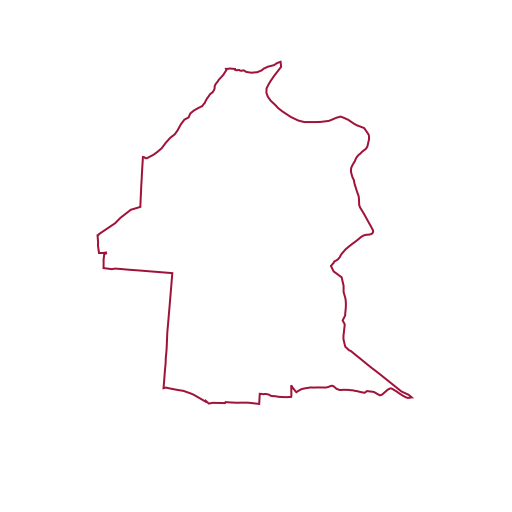 outline of Tlanepantla, Puebla, Mexico, rotated 70°
{"feature_id": "50627088B83068266269285", "entity_name": "Tlanepantla", "entity_type": "district", "adm_level": 2, "iso_a3": "MEX", "parent_name": "Mexico", "parent_adm1": "Puebla", "projection": "albers", "projection_center": [-97.882, 18.857], "detail": "fine", "context": "isolated", "style": "outline", "palette": "rose", "viewbox_px": 512, "rotation_deg": 70, "n_neighbors": 0, "source": "geoboundaries", "source_scale": "gbopen_adm2", "svg_char_len": 4527}
<svg xmlns="http://www.w3.org/2000/svg" viewBox="0 0 512 512"><g transform="rotate(70 256 256)"><path d="M180.6,108.6L172.8,110.6L170.6,113.1L167.5,116.7L167.1,117.0L165.3,118.6L159.5,122.8L156.0,126.4L153.9,128.9L153.6,133.3L154.0,141.2L152.1,149.4L150.7,153.7L146.7,164.7L143.2,169.9L137.3,175.7L129.1,181.8L124.6,184.6L120.3,186.4L115.1,189.1L110.3,190.4L106.2,190.4L102.2,188.8L99.3,185.8L96.6,182.5L93.1,177.6L91.7,175.4L87.0,168.0L86.8,167.7L84.0,167.0L81.9,166.5L81.9,170.1L82.8,173.9L82.2,179.8L82.6,184.8L83.5,187.1L83.7,192.0L82.1,197.9L79.6,202.3L77.9,203.5L77.2,204.4L77.1,206.0L76.4,207.5L75.3,208.3L74.9,210.6L74.1,211.9L73.1,211.7L72.1,213.9L70.9,216.3L70.7,217.7L70.3,219.0L69.9,220.2L71.1,220.2L74.7,224.9L77.7,230.7L79.0,232.4L80.5,234.9L81.9,236.5L83.4,237.2L84.6,237.7L85.6,238.7L86.7,239.9L87.4,241.0L88.0,243.2L88.1,243.6L89.9,246.1L91.2,248.1L93.0,250.2L94.9,252.1L95.3,253.2L96.8,255.3L96.8,256.2L96.8,256.3L97.0,257.6L97.2,259.8L98.1,264.8L99.6,269.0L102.7,271.9L103.4,276.7L106.5,281.5L111.1,286.7L113.9,290.8L115.6,296.2L118.7,302.0L122.5,307.8L124.4,312.9L125.8,317.7L126.8,325.0L126.3,326.5L125.1,327.0L124.3,328.4L137.2,334.0L141.9,336.0L142.9,336.4L149.2,339.1L149.8,339.4L154.4,341.3L155.0,341.5L160.1,343.7L170.3,347.9L169.8,356.9L169.7,357.7L173.7,370.2L176.9,376.9L177.3,378.2L177.9,380.7L180.8,392.4L181.8,396.2L182.3,396.7L182.3,397.8L189.8,399.9L190.2,400.1L191.3,400.7L193.4,401.2L199.5,402.5L200.8,398.9L201.4,395.8L202.3,396.0L202.4,398.0L207.6,400.6L207.8,400.7L208.6,400.9L215.2,403.4L219.1,395.9L219.2,395.3L219.2,395.1L219.6,392.8L222.1,387.2L224.1,383.0L226.8,377.1L230.2,369.5L233.1,363.2L243.1,341.3L243.5,340.5L272.8,354.0L285.3,359.8L297.5,365.5L312.1,371.5L316.1,373.3L321.3,375.8L322.9,376.4L324.6,377.1L326.4,377.9L328.2,378.7L330.0,379.6L333.7,381.3L335.4,382.1L335.8,382.3L336.3,382.5L337.3,382.9L339.0,383.7L339.5,383.9L340.9,384.6L343.0,385.5L345.1,386.5L348.6,388.1L348.8,385.7L350.8,382.6L352.8,379.3L355.1,375.4L358.0,370.2L363.5,363.6L365.3,361.8L375.7,353.1L375.0,352.7L378.5,350.8L378.6,350.3L379.3,346.4L380.0,344.8L381.9,339.8L383.1,336.8L383.6,335.4L382.9,334.6L385.4,328.9L386.1,327.2L387.4,324.1L389.3,318.5L390.5,315.3L391.5,312.8L396.1,303.6L386.8,299.6L387.2,298.8L387.6,297.7L388.3,296.6L388.6,295.6L388.7,294.9L389.0,294.1L389.5,293.1L390.2,292.0L390.8,291.2L391.5,290.6L392.4,289.9L392.8,289.4L393.2,288.6L393.5,287.7L393.9,286.9L394.3,286.0L394.8,285.1L395.4,284.0L396.2,282.6L396.8,281.2L397.3,280.1L397.8,278.8L398.3,277.6L398.9,276.0L399.3,274.9L399.9,272.8L400.4,271.1L399.0,270.4L389.5,267.1L391.9,266.7L393.2,266.3L397.3,264.9L397.8,264.7L397.4,263.1L397.0,261.0L396.7,259.4L396.8,257.8L397.0,255.8L397.3,254.1L397.6,252.8L398.0,250.6L398.2,249.8L398.3,249.3L398.8,248.2L399.5,246.3L400.1,244.6L400.7,242.7L401.2,241.4L401.8,239.8L402.7,237.5L403.5,235.3L403.7,233.9L403.8,232.4L403.7,230.4L403.8,229.3L404.2,228.5L404.8,227.8L405.6,227.3L407.9,226.0L408.4,225.7L410.3,223.5L411.0,222.1L411.1,221.7L411.5,219.9L412.2,218.1L412.8,216.6L413.4,214.9L414.3,213.3L414.7,212.4L415.3,211.0L415.8,210.3L416.5,209.2L417.1,208.2L417.6,207.1L418.3,206.2L419.3,204.7L420.4,202.9L421.7,200.7L420.9,197.9L423.7,192.4L424.2,191.6L429.3,187.3L429.4,185.1L426.6,177.7L426.4,175.8L426.4,175.0L426.6,174.4L427.4,173.4L428.6,172.5L431.3,170.3L434.6,168.0L437.2,166.0L440.1,163.5L441.2,162.0L441.6,160.9L441.8,159.7L442.0,158.4L442.1,158.1L440.2,159.1L438.6,160.1L433.0,165.7L408.5,180.6L400.7,185.6L394.3,189.5L388.5,192.9L383.3,196.1L377.8,199.3L376.4,200.8L371.8,203.1L370.2,203.0L364.2,202.3L361.1,201.2L350.7,196.0L346.2,196.6L342.4,192.6L340.1,191.6L336.6,189.9L333.4,188.5L329.5,187.2L326.6,186.5L319.8,186.0L314.0,183.9L305.2,182.8L304.4,183.4L299.9,186.4L297.1,188.3L291.0,189.0L288.7,185.0L287.9,184.3L287.7,182.3L287.1,179.9L286.4,178.8L285.5,177.3L284.5,176.4L283.4,175.0L282.8,173.8L281.8,172.2L281.7,171.9L280.4,169.6L279.1,166.1L277.5,161.3L276.6,158.1L275.2,153.8L274.1,150.9L273.5,148.1L273.7,145.6L274.1,144.0L274.6,142.3L274.8,140.7L274.6,139.0L273.3,137.6L271.7,137.3L267.4,137.9L261.9,138.8L253.4,140.1L248.9,141.0L245.9,141.6L243.4,141.6L240.6,140.7L237.5,139.7L235.0,139.1L231.1,139.1L225.8,138.9L221.8,138.7L218.1,138.1L215.3,138.4L212.9,138.3L209.7,138.0L207.6,137.3L205.9,136.5L204.7,135.4L203.0,133.6L200.7,130.7L198.9,129.1L197.5,127.4L196.3,125.4L195.4,122.8L194.4,120.8L193.7,118.8L193.1,116.6L192.1,114.9L191.2,113.9L189.4,112.7L187.3,111.4L185.2,110.0L183.0,109.1L180.6,108.6Z" fill="none" stroke="#9f1239" stroke-width="2"/></g></svg>